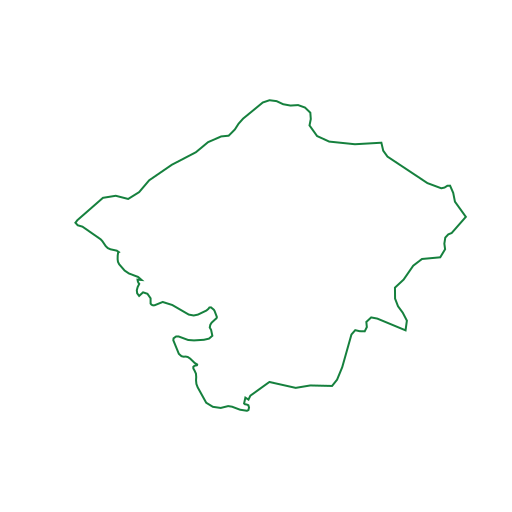 the Voivodeship of Opole, rotated 22°
{"feature_id": "POL-3167", "entity_name": "Opole", "entity_type": "Voivodeship", "adm_level": 1, "iso_a3": "POL", "parent_name": "Poland", "parent_adm1": "", "projection": "robinson", "projection_center": [17.773, 50.56], "detail": "fine", "context": "isolated", "style": "outline", "palette": "green", "viewbox_px": 512, "rotation_deg": 22, "n_neighbors": 0, "source": "natural_earth", "source_scale": "10m", "svg_char_len": 2211}
<svg xmlns="http://www.w3.org/2000/svg" viewBox="0 0 512 512"><g transform="rotate(22 256 256)"><path d="M79.2,294.3L76.1,292.8L77.0,289.6L92.3,259.4L103.4,252.7L116.1,251.0L123.7,240.6L128.6,225.8L143.8,202.9L161.4,182.3L168.9,168.4L178.9,158.2L185.6,154.7L189.0,146.6L190.3,139.8L192.6,133.4L204.8,111.1L210.2,106.5L217.1,104.7L224.3,105.1L231.6,103.6L238.5,100.3L245.8,100.0L252.7,102.8L255.5,108.5L256.7,114.9L267.7,121.9L281.0,122.5L305.9,115.3L329.8,104.0L334.5,110.7L340.7,114.6L387.6,124.2L402.4,123.8L405.2,121.9L407.1,119.2L409.6,118.1L415.2,123.6L420.1,131.1L435.9,141.1L428.8,161.4L426.2,163.9L424.6,168.0L426.0,174.0L428.8,178.9L427.3,188.2L411.0,196.6L405.4,206.1L401.7,222.6L396.7,233.3L400.9,243.4L406.5,249.4L413.3,253.6L420.1,259.4L422.5,268.9L391.9,268.6L385.8,269.8L383.0,275.8L385.4,280.4L385.0,285.1L380.3,286.9L375.8,287.6L373.9,293.0L377.6,326.8L377.5,340.3L375.2,348.0L354.8,355.7L342.2,363.4L315.6,367.8L303.1,387.6L302.8,391.9L302.8,392.0L299.2,391.3L300.2,397.2L301.3,397.6L303.0,397.2L304.8,397.2L306.3,399.1L306.7,401.7L305.6,402.9L298.7,404.5L290.2,404.7L286.4,405.6L280.2,410.1L272.5,412.0L264.8,410.7L251.1,399.6L248.7,397.0L247.0,393.8L245.9,390.6L244.4,387.6L242.1,385.4L240.1,383.8L239.4,382.3L240.1,380.8L242.1,379.5L242.2,379.3L242.2,379.1L242.2,378.8L242.1,378.6L239.1,378.1L233.4,375.8L230.6,375.2L228.4,375.6L226.6,376.5L224.4,376.8L221.1,375.6L210.9,365.1L210.4,363.2L212.0,360.6L214.3,359.6L224.5,359.3L230.1,357.5L239.1,353.2L243.4,350.2L245.4,346.3L242.1,341.4L239.9,339.6L239.4,336.9L239.8,334.5L242.1,329.6L242.6,328.8L242.7,328.0L242.6,327.3L242.1,326.7L238.2,322.5L237.0,321.6L233.5,320.5L232.1,321.2L231.6,323.0L230.4,325.2L224.1,332.1L220.5,334.5L215.6,335.5L196.7,332.8L186.7,333.6L180.5,339.6L179.4,340.2L178.3,340.4L177.2,340.2L176.1,339.6L174.1,334.7L169.5,331.7L164.9,332.0L162.6,336.8L159.8,335.1L158.3,332.4L157.9,329.1L158.2,325.6L157.2,325.0L156.3,324.2L155.6,323.3L155.0,322.3L158.9,321.1L154.6,319.6L144.7,319.8L139.6,318.7L132.2,314.9L130.2,313.1L128.9,310.8L127.6,307.4L126.9,304.5L127.4,303.8L124.9,303.2L118.5,304.3L115.6,304.2L112.9,303.1L108.0,299.8L105.7,298.7L84.1,293.8L79.2,294.3Z" fill="none" stroke="#15803d" stroke-width="2"/></g></svg>